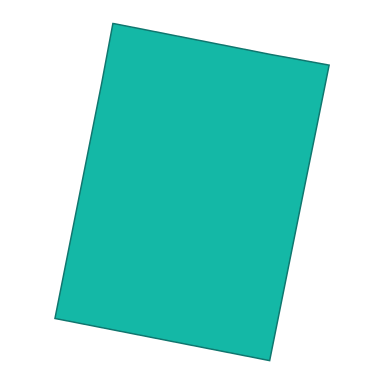 outline of Clay, Kansas, United States of America, rotated 191°
{"feature_id": "52423323B796635822074", "entity_name": "Clay", "entity_type": "district", "adm_level": 2, "iso_a3": "USA", "parent_name": "United States of America", "parent_adm1": "Kansas", "projection": "orthographic", "projection_center": [-97.195, 39.349], "detail": "fine", "context": "isolated", "style": "filled", "palette": "teal", "viewbox_px": 384, "rotation_deg": 191, "n_neighbors": 0, "source": "geoboundaries", "source_scale": "gbopen_adm2", "svg_char_len": 283}
<svg xmlns="http://www.w3.org/2000/svg" viewBox="0 0 384 384"><g transform="rotate(191 192 192)"><path d="M83.6,41.3L82.5,222.1L82.0,282.4L81.6,342.7L141.6,342.0L300.8,342.4L301.8,342.3L301.4,281.6L302.4,41.7L83.6,41.3Z" fill="#14b8a6" stroke="#0f766e" stroke-width="1.5"/></g></svg>